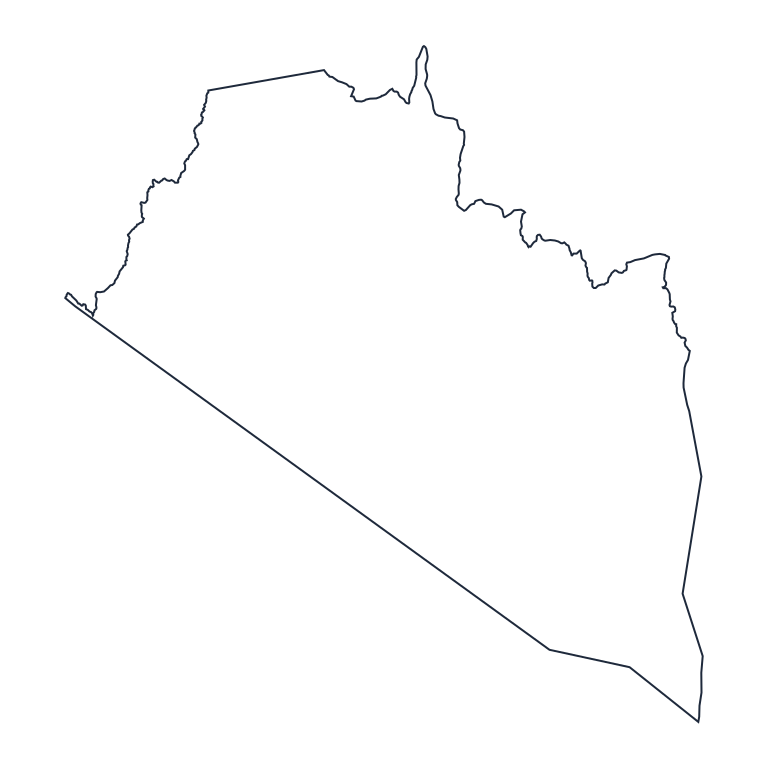 Vinchina, La Rioja, Argentina
{"feature_id": "61730980B36020479947957", "entity_name": "Vinchina", "entity_type": "district", "adm_level": 2, "iso_a3": "ARG", "parent_name": "Argentina", "parent_adm1": "La Rioja", "projection": "equal_earth", "projection_center": [-68.898, -28.359], "detail": "fine", "context": "isolated", "style": "outline", "palette": "slate", "viewbox_px": 768, "rotation_deg": 0, "n_neighbors": 0, "source": "geoboundaries", "source_scale": "gbopen_adm2", "svg_char_len": 6022}
<svg xmlns="http://www.w3.org/2000/svg" viewBox="0 0 768 768"><path d="M208.3,90.5L208.3,92.6L207.3,93.3L206.4,95.7L206.6,97.6L206.1,99.8L206.3,100.9L205.8,102.8L204.1,104.9L205.0,106.6L203.1,108.9L203.3,109.5L204.1,109.8L204.4,110.3L202.9,112.0L202.0,112.4L201.7,113.1L201.7,113.9L201.1,114.8L201.4,116.1L202.1,116.5L202.9,117.6L202.4,118.5L202.4,120.5L201.2,122.0L201.4,122.9L200.4,123.7L199.4,123.6L198.9,124.8L198.2,125.4L197.4,125.6L196.0,127.5L195.5,127.6L194.7,128.8L194.5,129.9L194.1,130.6L194.1,131.2L194.7,132.5L194.6,133.3L195.4,134.4L195.2,137.6L196.8,139.2L197.4,141.9L198.2,143.5L198.3,144.4L197.4,146.1L197.0,146.9L194.8,148.7L194.4,150.1L192.9,150.9L192.5,152.1L191.0,154.1L189.3,155.3L188.1,159.1L187.0,159.0L186.5,159.4L186.1,160.6L185.3,161.1L184.7,162.1L184.3,163.5L185.1,165.2L185.1,169.7L184.2,170.9L181.2,173.0L180.4,175.7L180.4,177.0L179.3,177.6L178.0,180.3L178.3,182.0L177.8,182.7L175.0,182.7L173.9,181.4L171.5,180.0L169.6,180.9L167.8,180.6L166.6,180.1L164.7,178.5L163.2,179.0L162.2,180.4L161.4,180.6L159.1,182.7L158.0,182.6L157.3,181.8L156.5,181.8L154.2,179.7L152.9,180.1L152.7,181.7L152.8,183.1L153.5,184.1L153.3,185.2L153.6,186.4L152.4,187.2L150.7,186.6L150.0,187.4L149.8,188.4L148.9,188.8L148.3,190.4L148.4,191.5L147.3,192.3L147.5,195.1L147.2,198.1L147.4,199.9L145.5,202.6L144.2,202.9L141.3,202.2L140.5,203.4L140.7,204.5L141.6,205.2L141.3,210.4L141.5,212.6L142.2,213.9L141.9,214.6L141.8,216.4L142.1,217.2L143.9,218.6L142.8,220.5L142.8,221.9L139.9,223.1L138.2,224.4L137.1,224.5L136.3,226.5L134.6,227.5L134.0,228.8L132.5,229.5L129.4,233.4L127.9,234.7L128.0,235.5L129.1,236.8L129.6,238.7L129.0,240.0L129.2,241.7L128.5,243.0L128.0,245.4L128.1,247.2L127.6,248.0L127.4,249.7L126.7,251.1L127.7,254.1L127.2,256.1L126.4,257.0L126.4,259.4L126.7,260.3L126.0,260.5L125.3,261.3L125.6,264.7L125.0,265.3L123.3,265.7L123.0,267.2L119.6,271.4L119.1,273.8L117.9,275.9L117.7,277.2L115.0,280.6L114.4,283.1L112.3,285.0L110.5,285.3L107.9,288.1L104.0,291.5L100.2,292.2L97.1,291.9L96.6,292.3L95.7,294.1L95.6,296.6L96.5,298.2L96.7,299.0L95.9,305.2L96.4,307.2L96.4,308.2L96.2,308.9L94.5,310.3L94.2,311.9L93.2,313.2L93.3,314.9L92.9,315.6L92.1,313.3L91.2,312.2L89.5,311.5L87.8,309.9L86.0,309.1L85.8,305.7L85.2,304.6L83.3,304.2L82.6,305.5L81.7,305.7L79.3,303.6L78.3,303.6L76.3,300.5L72.0,296.4L71.1,294.8L70.1,294.5L69.2,293.6L67.9,293.0L67.6,293.3L66.6,294.9L66.5,296.2L65.5,297.3L65.3,298.1L75.2,306.3L549.5,649.8L629.6,667.2L698.3,721.9L699.2,716.8L699.5,705.7L701.5,692.6L701.3,672.7L702.7,656.1L682.6,593.7L701.4,476.5L689.2,411.1L687.2,404.9L683.6,387.6L683.5,383.2L684.6,367.7L685.9,363.5L688.0,359.9L689.8,350.9L688.4,349.8L687.1,347.7L685.3,345.9L684.6,342.6L685.8,340.4L685.5,339.0L684.7,338.0L682.9,337.6L681.3,337.8L680.4,336.5L678.6,335.4L676.8,332.6L676.9,327.7L676.2,326.4L676.2,324.2L675.2,324.1L674.0,322.5L673.6,321.2L672.8,320.2L672.5,319.0L672.8,316.4L672.3,312.8L675.1,311.2L675.3,309.6L675.0,308.1L674.7,307.3L673.4,306.5L671.1,306.6L669.9,306.2L669.5,305.0L670.5,301.4L669.9,299.5L669.7,294.2L669.3,293.0L667.5,289.5L666.9,288.9L666.0,288.2L663.3,288.2L662.8,287.3L664.5,286.9L665.9,285.2L666.1,284.3L666.1,282.5L664.5,280.2L664.3,279.4L664.1,277.9L664.4,277.2L664.4,274.9L664.6,274.2L664.8,271.4L665.1,270.7L665.1,269.5L665.9,267.9L666.3,263.6L669.1,258.7L668.9,257.0L665.4,255.4L665.2,255.0L659.9,253.9L655.0,254.4L652.4,254.9L643.9,258.4L635.0,260.1L630.3,262.1L627.0,262.6L626.3,264.2L626.9,266.3L626.5,269.8L626.1,270.2L623.9,270.9L622.9,272.4L621.8,272.9L618.7,272.4L616.3,270.6L614.7,270.4L611.5,273.3L610.8,275.0L608.6,277.9L607.8,282.3L605.2,283.6L604.5,284.5L602.1,284.4L598.3,285.5L595.7,288.0L593.8,288.0L592.4,286.6L592.2,283.5L592.5,282.5L592.3,280.7L591.9,280.4L589.8,280.7L589.2,280.0L588.8,278.1L587.8,276.8L587.5,275.8L587.6,273.4L587.1,271.7L587.0,267.9L586.4,267.4L585.5,265.7L585.9,263.1L585.2,261.4L582.9,259.8L581.8,258.2L580.6,250.7L580.2,250.4L579.7,250.7L576.7,253.6L573.5,253.6L572.2,255.4L571.6,255.3L570.8,252.3L569.6,250.0L569.5,248.8L568.5,245.7L566.3,244.6L565.8,243.8L564.3,242.4L562.5,243.3L561.1,243.2L558.3,241.5L554.9,240.5L550.2,240.0L545.5,240.7L544.4,240.5L542.3,239.2L541.6,238.3L541.1,236.6L539.7,234.7L538.0,234.9L536.9,236.0L536.7,237.1L536.8,238.9L536.2,241.0L534.5,241.7L533.1,243.1L530.6,246.7L529.7,246.3L529.1,246.4L528.6,247.1L528.0,246.4L527.6,245.0L526.1,242.8L525.3,242.5L522.7,239.7L522.8,236.9L522.4,236.0L520.9,235.2L520.5,233.3L520.2,230.2L520.5,229.4L521.3,228.6L521.8,226.5L521.0,221.6L522.5,214.3L525.0,212.4L524.1,211.4L521.0,209.7L514.1,210.3L510.9,213.5L504.8,217.2L503.7,216.6L502.2,209.7L498.6,206.5L491.6,204.4L485.9,203.8L483.9,202.5L482.1,200.2L481.1,199.7L478.9,199.9L475.4,201.1L474.1,203.8L471.8,204.3L470.3,205.1L465.9,210.0L464.1,210.8L458.9,206.9L457.4,205.3L457.2,202.1L455.9,200.0L455.8,199.0L456.8,197.0L458.6,194.8L458.8,193.3L458.5,189.5L458.6,186.0L459.5,182.9L459.4,179.6L458.8,175.0L460.4,170.6L460.4,169.5L460.2,168.2L458.8,165.8L458.7,164.7L459.3,162.0L460.3,160.6L460.0,157.8L460.6,154.1L463.3,146.0L464.1,144.9L463.8,143.7L464.5,137.0L464.1,131.6L462.9,130.2L460.2,129.5L459.0,128.1L457.5,123.4L457.1,120.3L453.2,118.5L444.8,117.5L440.7,116.1L438.5,115.7L435.8,114.2L435.1,113.3L433.5,109.0L432.4,101.5L430.5,95.1L425.5,85.6L425.2,83.3L426.8,78.7L427.2,75.8L427.1,74.4L425.6,69.0L425.7,64.4L427.3,59.8L427.6,56.5L426.3,48.9L425.3,47.1L423.9,46.1L422.9,46.8L418.9,56.9L416.7,59.5L416.4,62.3L416.5,75.0L416.1,76.6L416.2,77.7L414.2,85.8L412.7,87.9L412.2,89.8L411.4,91.3L411.4,92.0L410.1,94.3L409.4,96.7L409.1,98.7L409.3,102.5L408.7,103.5L406.5,103.0L405.5,102.0L404.0,99.3L400.0,96.7L398.7,94.7L398.1,92.6L396.7,91.6L394.6,91.6L393.5,91.0L392.3,88.8L389.9,90.0L385.7,94.3L382.7,95.7L381.6,95.8L381.3,96.4L379.8,97.1L376.3,98.4L369.9,98.7L365.9,99.6L364.5,100.6L361.6,101.5L356.4,101.1L355.5,100.5L353.7,96.6L351.1,96.2L354.0,89.2L353.4,87.8L351.4,86.7L349.3,86.7L346.5,84.1L342.0,82.3L338.0,81.1L332.4,77.0L329.4,76.6L328.8,75.5L327.7,74.9L324.0,70.1L208.3,90.5Z" fill="none" stroke="#1e293b" stroke-width="2"/></svg>